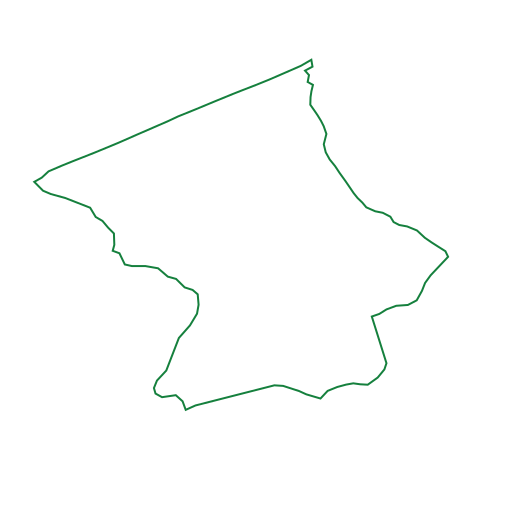 Mataraca, Paraíba, Brazil, rotated 248°
{"feature_id": "56859067B64684814426718", "entity_name": "Mataraca", "entity_type": "district", "adm_level": 2, "iso_a3": "BRA", "parent_name": "Brazil", "parent_adm1": "Paraíba", "projection": "equal_earth", "projection_center": [-35.042, -6.555], "detail": "fine", "context": "isolated", "style": "outline", "palette": "green", "viewbox_px": 512, "rotation_deg": 248, "n_neighbors": 0, "source": "geoboundaries", "source_scale": "gbopen_adm2", "svg_char_len": 1525}
<svg xmlns="http://www.w3.org/2000/svg" viewBox="0 0 512 512"><g transform="rotate(248 256 256)"><path d="M139.7,133.2L140.1,143.9L129.2,224.6L125.4,232.5L114.6,245.4L108.9,250.8L99.7,262.4L104.1,271.9L104.1,282.3L103.0,291.4L101.5,298.5L98.0,304.6L94.8,311.4L97.7,323.3L102.7,332.5L107.7,336.8L156.5,340.7L156.1,348.6L157.6,357.0L157.3,367.4L153.7,378.5L154.7,388.4L161.5,396.8L167.7,402.7L172.7,410.7L178.2,422.7L183.3,433.8L189.5,433.4L196.6,428.3L202.8,423.9L209.6,419.4L219.4,414.8L226.8,407.2L231.1,400.4L235.9,396.3L242.1,395.3L248.6,389.7L252.8,383.3L259.8,376.5L265.7,374.6L271.7,371.9L277.7,370.1L284.7,368.6L292.0,367.0L301.8,364.6L309.7,363.0L317.9,360.5L326.0,359.5L334.2,360.7L342.8,367.0L351.0,367.4L356.9,366.9L363.5,365.8L369.0,364.6L375.9,363.0L382.9,366.1L388.0,369.1L393.3,372.9L398.0,369.1L403.9,372.9L409.5,370.9L410.4,379.3L417.2,380.8L415.5,368.6L414.9,346.3L414.6,334.3L414.6,320.1L414.8,306.1L414.9,295.3L414.8,275.5L414.6,254.8L414.6,236.1L414.0,225.1L413.7,213.9L413.1,190.4L412.5,170.8L412.3,145.0L412.5,121.6L412.5,110.1L412.2,95.4L408.9,86.7L407.8,78.2L396.3,83.0L390.3,89.0L381.2,100.9L362.9,120.3L352.2,122.0L346.0,126.8L337.7,129.5L330.1,132.7L319.4,128.8L314.5,125.1L309.7,130.4L297.3,131.2L293.2,137.1L288.2,149.5L281.3,160.6L269.9,166.5L264.7,173.3L253.6,178.1L248.3,184.5L242.3,187.6L232.3,184.5L224.6,179.7L216.4,168.8L208.9,153.8L183.4,129.9L177.6,117.5L171.8,111.9L166.1,111.3L160.3,116.0L157.0,129.5L148.8,133.5L139.7,133.2Z" fill="none" stroke="#15803d" stroke-width="2"/></g></svg>